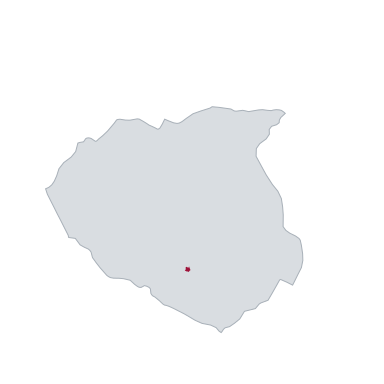 Marondera Urban, Mashonaland East, Zimbabwe (highlighted), rotated 117°
{"feature_id": "62879985B19801447956475", "entity_name": "Marondera Urban", "entity_type": "district", "adm_level": 2, "iso_a3": "ZWE", "parent_name": "Zimbabwe", "parent_adm1": "Mashonaland East", "projection": "equal_earth", "projection_center": [31.561, -18.213], "detail": "fine", "context": "in_parent", "style": "filled", "palette": "rose", "viewbox_px": 384, "rotation_deg": 117, "n_neighbors": 0, "source": "geoboundaries", "source_scale": "gbopen_adm2", "svg_char_len": 2828}
<svg xmlns="http://www.w3.org/2000/svg" viewBox="0 0 384 384"><g transform="rotate(117 192 192)"><path d="M255.6,323.9L252.9,321.7L249.4,320.2L244.9,319.6L239.0,319.9L231.7,321.1L224.0,319.6L215.7,315.5L208.8,314.0L200.6,315.8L200.2,315.9L198.8,314.5L196.5,311.4L192.7,310.9L191.7,310.2L190.9,309.1L190.3,307.6L190.1,306.0L190.7,301.1L190.3,300.5L189.3,299.9L187.3,299.3L182.3,297.1L176.1,294.9L165.9,292.5L162.0,291.9L161.1,291.1L159.9,289.3L158.0,283.6L156.1,279.8L151.7,274.0L151.0,272.1L151.2,267.5L151.5,263.8L151.9,260.6L151.7,257.6L151.6,253.9L151.7,251.4L151.1,250.4L149.5,249.6L145.0,249.3L139.5,249.4L139.3,245.7L138.7,239.8L137.7,236.5L136.4,234.7L133.9,232.9L128.8,230.4L121.8,226.6L115.9,221.0L109.0,214.0L106.9,212.8L104.3,206.3L100.4,195.0L100.6,191.3L100.0,189.4L96.2,183.9L95.4,181.0L94.7,178.1L88.7,170.0L86.6,166.5L85.0,161.9L83.5,158.3L82.1,156.8L80.4,154.3L79.2,151.5L78.7,149.4L79.1,146.6L79.6,144.6L85.3,146.7L88.3,146.8L90.7,145.8L93.7,147.2L97.3,150.9L101.2,151.6L105.4,149.3L111.0,150.0L118.2,153.6L124.1,154.4L131.1,151.1L137.3,142.1L143.1,133.6L148.8,123.8L152.3,115.9L157.3,109.4L164.1,104.5L171.0,100.3L181.5,95.1L183.6,90.9L184.3,86.2L184.2,79.8L184.8,75.6L185.8,73.7L187.6,72.2L189.9,70.3L196.8,65.4L202.6,62.2L209.7,60.2L217.5,60.2L225.0,60.1L229.3,60.1L229.3,66.3L229.7,73.3L230.5,74.0L236.1,74.2L245.2,74.6L253.9,75.1L259.5,80.2L261.3,81.3L267.1,82.6L274.5,91.1L283.4,91.8L289.5,94.5L294.9,97.4L297.9,100.8L299.9,101.6L302.7,101.9L304.0,102.2L303.7,104.7L301.9,108.9L302.1,115.0L304.5,123.4L304.9,130.7L304.1,143.5L304.1,156.0L304.3,160.4L304.7,163.4L305.2,165.0L305.1,166.8L303.6,172.0L302.4,177.5L302.4,179.7L301.9,181.2L301.0,182.6L297.2,185.1L296.5,186.7L296.5,189.5L297.0,191.9L298.4,192.8L300.2,194.1L300.9,195.9L300.9,197.8L300.3,201.3L298.7,207.0L300.3,213.6L302.0,217.9L304.4,222.8L305.3,225.9L305.3,228.1L304.9,230.2L301.3,239.3L298.7,244.9L295.6,250.9L291.4,254.6L290.4,256.5L289.9,258.5L290.1,263.0L289.9,267.7L286.3,274.9L288.5,281.2L288.0,281.7L286.8,282.6L281.7,289.6L276.5,296.7L272.8,301.9L268.5,307.7L263.7,314.3L259.6,319.9L255.6,323.9Z" fill="#d9dde1" stroke="#a8b0b8" stroke-width="1"/><path d="M261.4,160.1L261.6,160.1L261.8,160.0L261.9,160.3L262.0,160.3L262.0,160.5L262.3,160.6L262.1,161.0L261.9,161.9L262.0,162.0L262.0,162.3L261.9,162.5L262.0,162.9L262.0,163.2L262.2,162.4L262.2,162.0L262.3,161.7L262.9,161.9L263.0,161.7L263.1,161.3L263.1,161.1L263.3,160.9L263.2,160.9L263.4,161.1L263.7,161.4L263.6,161.8L264.2,161.7L264.5,161.8L264.5,161.7L264.5,161.4L264.5,161.2L264.5,160.9L264.2,160.5L264.1,160.3L263.6,160.0L263.8,160.0L263.9,159.8L263.8,159.7L264.0,159.6L264.1,159.4L263.7,159.2L263.3,159.1L263.2,159.1L262.5,159.0L262.4,158.9L262.0,159.3L261.9,159.5L262.2,159.6L262.4,159.8L261.5,160.0L261.4,160.1Z" fill="#f43f5e" stroke="#9f1239" stroke-width="1.5"/></g></svg>